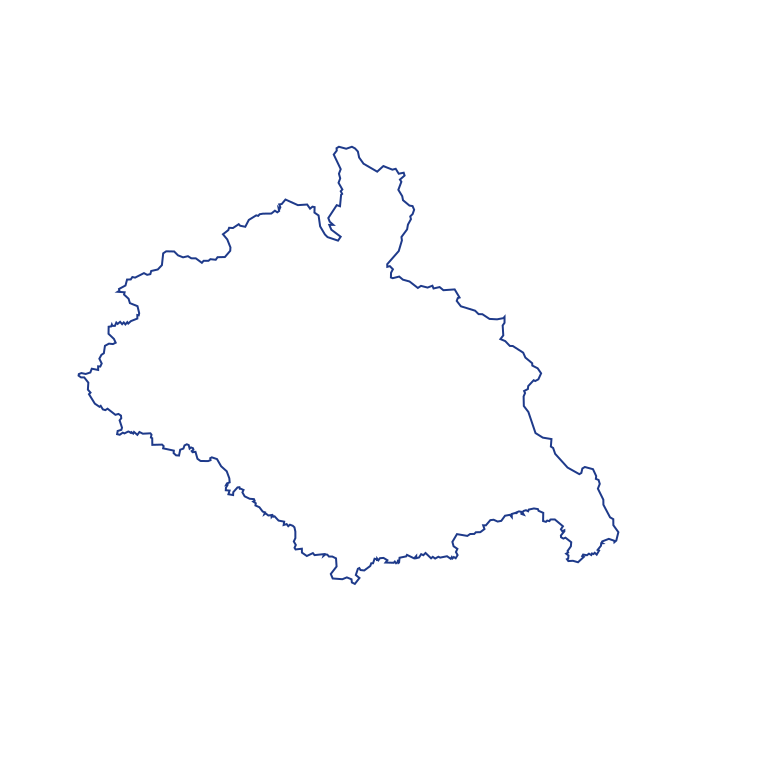 Santa Catarina, Santa Catarina, Cabo Verde (Mercator projection), rotated 298°
{"feature_id": "66160863B9089914822408", "entity_name": "Santa Catarina", "entity_type": "district", "adm_level": 2, "iso_a3": "CPV", "parent_name": "Cabo Verde", "parent_adm1": "Santa Catarina", "projection": "mercator", "projection_center": [-23.734, 15.091], "detail": "fine", "context": "isolated", "style": "outline", "palette": "blue", "viewbox_px": 768, "rotation_deg": 298, "n_neighbors": 0, "source": "geoboundaries", "source_scale": "gbopen_adm2", "svg_char_len": 6154}
<svg xmlns="http://www.w3.org/2000/svg" viewBox="0 0 768 768"><g transform="rotate(298 384 384)"><path d="M402.5,136.5L398.9,129.4L395.7,127.7L384.7,132.1L378.9,130.5L374.5,125.4L371.3,126.1L369.2,123.6L369.2,120.0L361.1,114.3L360.3,111.6L357.4,111.3L355.6,108.1L349.6,109.5L343.5,105.4L342.1,106.6L340.4,105.6L343.2,111.9L340.9,112.5L339.4,118.4L336.1,121.7L337.0,129.8L331.6,134.6L329.5,135.2L329.1,133.8L326.0,135.5L320.7,131.0L317.3,129.8L318.1,128.3L315.2,127.7L316.2,125.3L313.9,124.7L315.0,121.8L312.0,120.6L312.6,118.8L309.0,119.1L307.8,116.9L308.7,115.8L306.8,116.1L305.3,114.0L299.0,117.2L297.0,124.4L294.5,127.7L292.0,125.9L290.5,122.2L286.7,119.7L279.6,122.2L277.1,120.8L272.7,120.8L269.6,125.1L266.2,125.3L265.4,123.3L262.2,125.0L260.3,118.8L256.3,119.3L252.8,115.9L251.6,111.7L249.5,109.9L248.0,110.4L247.6,113.4L249.1,116.2L246.4,122.3L240.0,125.2L238.6,128.9L236.5,128.3L230.9,137.9L230.3,143.5L231.7,144.1L229.6,147.7L230.1,150.2L232.4,151.5L230.7,161.3L232.9,163.6L232.6,166.6L230.4,168.1L227.8,167.6L222.4,173.2L220.2,173.6L217.5,170.9L214.4,171.9L215.1,174.5L218.4,176.2L218.5,178.0L222.0,180.5L222.3,183.1L221.2,183.6L222.9,183.7L222.5,185.8L224.3,185.8L223.3,190.1L226.8,190.6L226.9,194.4L230.8,200.9L230.1,202.5L227.3,203.3L227.3,204.8L221.5,208.0L226.3,216.5L225.7,218.6L223.5,219.2L226.5,229.7L224.2,230.7L223.4,233.9L224.6,236.6L230.3,234.9L232.8,237.2L236.1,236.7L238.2,238.2L238.4,240.2L235.7,242.7L237.4,243.4L237.6,245.5L236.5,246.6L234.5,245.7L233.9,247.0L235.6,249.4L230.4,254.4L229.9,258.1L233.3,264.8L235.3,266.6L236.9,265.4L238.4,266.4L239.3,271.8L234.9,278.8L233.1,286.1L228.1,291.7L224.7,293.9L222.5,292.0L221.1,292.0L222.2,292.9L221.3,293.3L218.3,293.1L215.9,294.2L217.4,297.7L213.6,298.4L215.1,302.9L217.7,301.7L223.9,303.2L225.0,304.8L223.2,306.4L224.2,306.1L224.5,309.7L221.8,309.9L219.4,313.7L219.6,319.3L221.3,323.2L220.2,324.6L218.8,323.7L218.5,326.8L216.4,327.5L216.7,331.8L214.4,336.8L214.8,339.2L212.8,339.5L214.2,340.2L213.6,343.6L215.4,346.1L213.9,347.1L215.7,347.4L214.9,348.6L215.8,349.5L213.9,355.0L215.6,360.5L212.4,361.6L214.6,363.8L213.5,366.2L215.6,367.0L216.0,370.0L215.4,372.2L212.1,375.0L206.3,378.1L202.6,378.3L200.5,381.7L197.4,381.9L196.4,383.6L200.0,388.8L196.6,390.7L195.9,396.6L201.3,400.6L200.3,403.0L205.7,411.0L203.9,411.3L206.0,412.2L206.7,414.1L205.8,416.4L207.4,419.4L207.5,423.5L200.6,427.8L191.3,426.2L188.2,430.0L192.1,438.9L195.8,442.0L196.3,447.0L193.7,448.8L193.8,452.1L201.2,453.4L202.1,448.8L208.6,447.7L209.9,448.6L208.7,450.6L210.1,454.1L216.9,457.3L219.7,456.9L220.6,458.5L225.3,457.7L225.9,460.1L224.4,460.9L226.6,459.9L225.7,461.8L228.3,462.2L230.2,465.2L230.0,469.7L227.1,469.2L230.7,476.5L232.3,476.9L231.4,478.8L233.5,479.8L235.4,478.8L232.9,480.8L233.5,481.1L237.9,479.3L242.2,484.5L243.9,484.5L244.2,492.5L247.2,493.2L245.3,494.2L247.3,496.4L251.2,496.7L251.3,499.1L254.3,500.0L252.2,507.4L254.3,508.2L253.9,511.1L257.0,513.1L257.1,515.1L261.5,520.5L261.0,525.0L263.0,525.1L262.2,526.4L264.0,526.9L263.8,529.1L267.5,529.3L269.4,526.4L272.9,526.2L273.4,521.6L276.7,518.5L285.7,518.9L289.0,528.9L292.0,530.5L294.0,534.1L296.2,534.7L298.4,538.6L303.1,540.8L305.8,537.9L307.0,540.3L313.7,541.8L315.6,544.5L315.9,548.9L318.2,551.8L324.5,552.7L327.6,556.6L326.5,559.3L329.2,557.8L332.4,561.1L331.5,562.1L332.9,561.3L334.9,563.0L335.6,565.2L333.8,566.3L334.2,568.8L335.7,566.4L337.5,566.9L339.2,568.6L339.3,571.0L341.1,570.8L344.5,574.8L345.8,578.6L344.6,580.0L345.0,585.1L337.7,588.8L338.3,591.7L340.0,592.2L340.6,594.4L342.5,594.6L344.6,598.4L342.4,608.8L338.8,608.4L337.7,610.5L339.5,611.9L338.6,612.4L333.3,611.3L331.8,612.3L331.7,614.9L333.5,616.4L332.2,623.6L328.4,625.2L322.7,624.5L321.7,625.7L319.7,624.5L319.2,627.4L316.3,628.6L315.2,627.8L314.2,629.9L316.6,633.8L317.7,639.0L325.2,641.6L325.1,639.8L326.9,639.9L328.1,643.6L330.4,644.6L330.3,647.3L332.0,647.2L332.2,648.8L333.9,649.3L333.2,651.9L337.9,652.1L337.8,650.5L343.0,651.5L345.2,650.6L346.0,651.8L346.1,650.6L347.5,650.6L352.8,655.2L353.7,660.9L352.5,661.7L354.8,662.6L363.2,660.5L367.0,652.8L372.3,649.9L372.4,646.2L380.4,634.4L384.8,632.0L392.0,622.0L397.1,621.4L400.0,618.5L399.7,615.6L402.3,614.6L406.9,608.5L405.0,600.3L402.5,598.8L398.1,600.0L396.1,598.8L396.4,585.3L402.7,567.9L406.9,563.4L407.1,560.7L414.0,557.7L411.2,549.4L411.8,540.8L427.1,524.6L430.2,517.8L438.6,513.1L442.2,512.8L443.6,511.0L447.1,513.4L449.9,512.3L457.6,514.4L457.6,516.1L460.6,518.1L467.2,517.7L470.0,512.3L469.9,506.3L471.9,505.1L473.7,496.4L477.0,492.2L478.0,479.9L476.7,477.2L478.8,470.9L478.3,465.7L482.9,466.5L491.4,461.3L494.6,461.7L499.9,458.9L498.2,458.5L494.2,453.5L491.0,446.6L491.8,438.1L490.1,434.7L491.5,430.0L488.7,415.4L491.5,409.2L494.5,408.8L495.8,410.1L500.7,402.0L494.7,392.4L495.7,387.6L491.6,382.9L493.5,380.6L489.6,377.2L488.0,370.6L484.7,368.8L486.5,358.4L485.0,351.7L486.0,347.0L481.5,342.0L481.3,340.1L485.5,338.0L489.5,338.0L490.8,333.8L489.0,331.9L491.3,330.6L508.3,334.6L519.2,332.4L522.0,330.4L531.4,331.8L536.0,330.3L542.2,330.4L544.3,328.5L547.5,329.5L552.0,328.8L554.5,325.7L553.5,322.7L555.2,314.5L558.4,311.9L562.2,305.5L570.7,304.4L572.0,302.1L577.7,304.3L579.8,302.2L576.6,298.3L579.5,293.3L577.2,290.8L576.1,281.1L568.3,278.3L568.9,262.5L572.3,255.7L577.0,251.8L578.4,247.8L578.4,244.3L574.0,240.2L572.3,232.8L569.9,231.4L567.9,232.7L563.0,231.9L553.4,244.9L548.5,245.5L545.0,248.8L540.3,249.4L536.2,255.9L533.9,255.3L532.2,257.8L530.9,257.3L520.3,261.7L519.7,258.3L504.4,256.9L501.8,259.9L500.7,264.5L498.8,261.0L495.5,265.1L493.7,276.6L489.0,276.1L487.2,265.2L488.3,261.6L493.2,253.6L502.1,247.1L502.7,242.1L507.6,239.7L507.0,237.6L504.1,236.4L506.4,231.9L501.5,224.0L500.6,210.4L494.9,209.2L493.4,207.2L491.4,209.5L489.5,209.6L490.0,208.2L487.5,210.2L485.5,209.2L485.8,206.3L481.6,204.5L477.6,197.2L475.5,194.5L473.4,194.0L472.9,192.0L465.4,187.6L457.7,187.7L456.2,182.7L456.9,180.7L450.8,177.4L449.2,173.9L446.8,174.3L440.6,171.5L438.1,177.7L432.5,184.3L429.4,185.7L421.4,183.9L417.8,177.5L414.7,177.1L412.7,172.1L410.4,171.2L408.1,166.9L405.5,166.3L406.6,158.8L404.5,154.8L404.8,150.9L401.5,147.1L400.9,141.7L402.5,136.5Z" fill="none" stroke="#1e3a8a" stroke-width="2"/></g></svg>